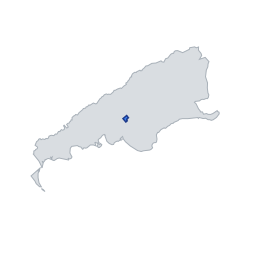 Toay, La Pampa, Argentina shown in context, rotated 50°
{"feature_id": "61730980B2132713179088", "entity_name": "Toay", "entity_type": "district", "adm_level": 2, "iso_a3": "ARG", "parent_name": "Argentina", "parent_adm1": "La Pampa", "projection": "equal_earth", "projection_center": [-64.55, -36.621], "detail": "fine", "context": "in_parent", "style": "filled", "palette": "blue", "viewbox_px": 256, "rotation_deg": 50, "n_neighbors": 0, "source": "geoboundaries", "source_scale": "gbopen_adm2", "svg_char_len": 3951}
<svg xmlns="http://www.w3.org/2000/svg" viewBox="0 0 256 256"><g transform="rotate(50 128 128)"><path d="M155.7,80.4L154.3,83.1L154.5,84.9L153.2,89.3L153.5,90.1L152.4,92.2L152.7,94.4L152.2,96.5L152.4,99.1L152.0,99.9L151.1,100.2L150.4,103.9L151.1,107.4L150.4,108.1L151.5,110.7L155.1,112.9L157.0,115.1L157.0,116.1L156.0,117.5L155.8,118.7L156.3,120.3L157.2,121.3L159.0,121.9L159.2,124.2L158.8,125.6L155.4,130.8L154.5,133.0L151.4,135.2L143.2,137.8L136.9,138.8L133.3,138.6L131.0,137.6L131.1,140.4L132.3,141.3L131.7,141.3L132.2,141.8L131.9,144.2L131.1,144.6L130.6,146.5L130.6,148.2L131.3,149.6L130.5,151.0L127.8,152.3L124.6,152.7L118.7,150.5L118.9,150.1L118.6,150.0L117.6,150.4L117.2,152.3L117.9,155.2L117.7,157.8L118.0,158.6L120.2,159.5L120.0,160.5L120.8,160.7L122.3,160.4L122.5,159.6L121.7,159.3L123.8,158.7L124.5,159.7L124.6,162.3L124.2,163.0L122.6,163.4L122.1,163.3L121.2,161.5L120.4,161.2L118.1,162.1L117.9,162.7L121.2,164.0L118.8,165.4L116.8,167.7L116.8,172.1L116.3,173.3L115.0,174.4L114.7,175.2L115.2,175.7L115.0,176.5L112.4,176.3L110.6,177.6L108.9,178.1L105.9,182.9L106.4,185.2L109.8,188.6L114.1,189.5L114.7,190.6L114.5,191.9L114.0,192.7L112.4,193.4L113.8,193.4L114.3,194.1L106.8,200.0L105.9,201.8L105.5,205.3L104.9,206.0L103.4,206.7L102.3,206.0L101.5,204.7L101.5,205.7L100.1,206.1L101.8,206.2L102.7,207.0L100.4,208.3L99.7,209.5L99.5,211.1L98.6,212.0L99.3,211.8L100.0,214.9L98.2,215.1L100.5,215.7L103.1,219.2L102.9,219.5L102.8,219.1L96.1,217.5L87.1,217.3L87.2,216.8L85.1,214.9L85.5,213.5L85.1,212.4L85.5,211.3L85.1,210.0L84.3,209.6L81.5,210.3L79.7,206.8L79.8,204.9L79.2,203.7L79.6,202.2L81.1,202.1L81.5,200.4L83.3,199.1L83.3,197.5L84.4,196.6L84.6,195.8L83.5,193.7L84.2,191.5L86.2,189.7L85.9,187.5L87.0,186.5L86.0,183.5L87.1,182.3L86.5,181.6L86.5,180.0L87.6,179.6L88.2,177.9L87.0,176.4L84.9,175.9L84.8,175.1L88.6,175.0L89.0,173.8L88.7,173.1L85.8,172.7L85.8,171.0L86.4,169.9L85.8,168.8L86.0,167.8L85.2,166.3L85.9,165.7L84.0,164.1L83.9,161.5L84.3,160.9L84.0,159.5L85.6,158.2L84.8,155.7L84.8,151.0L84.4,149.7L85.5,147.7L84.9,146.4L85.6,145.4L85.2,143.0L86.1,142.7L86.6,138.5L88.8,137.2L89.2,136.3L87.6,130.9L87.7,128.8L87.3,127.9L87.7,126.7L87.3,124.9L87.9,122.8L89.4,121.9L89.5,121.2L91.0,119.8L90.9,116.2L90.2,114.4L90.9,113.7L91.4,111.0L92.5,108.1L93.5,107.6L93.2,104.3L93.6,101.3L92.2,100.8L92.5,98.6L92.0,98.1L91.7,95.9L90.7,93.9L90.7,93.0L91.2,92.4L90.2,91.6L89.4,89.8L89.5,88.0L89.7,86.9L90.8,86.0L90.5,85.2L91.4,81.7L92.5,81.5L93.0,80.3L92.4,79.6L92.5,77.5L92.0,74.4L93.0,72.9L93.8,68.2L96.2,64.8L97.8,59.5L99.2,59.4L100.6,58.2L99.1,54.7L100.0,52.5L99.0,47.9L99.3,46.1L100.1,45.1L99.1,43.3L99.4,41.9L100.7,40.2L105.4,37.7L107.2,30.4L106.2,29.1L108.7,24.8L110.5,24.1L111.3,21.9L113.7,24.0L117.8,24.1L119.8,24.9L121.3,29.2L123.5,23.5L129.2,23.3L130.3,25.4L132.5,27.6L134.0,30.8L138.6,35.7L144.6,38.1L148.2,41.4L152.5,44.2L154.6,44.8L156.2,46.8L156.6,48.2L155.6,49.3L154.9,51.5L153.7,52.7L153.2,54.1L153.2,55.8L150.9,59.3L151.0,60.6L153.2,60.3L158.7,61.7L161.3,61.7L162.2,62.2L163.6,60.6L165.9,61.3L167.5,58.5L169.0,57.9L170.7,56.0L171.5,53.6L172.0,48.5L172.9,48.8L174.4,48.1L175.8,49.1L176.8,53.5L176.4,57.6L175.7,59.2L174.0,60.2L173.1,61.3L170.5,62.2L169.0,64.4L165.7,66.7L165.9,68.0L164.8,67.9L159.2,76.3L155.7,80.4ZM102.4,233.1L102.1,221.1L103.9,223.5L103.0,223.3L102.8,224.5L104.3,224.7L105.0,226.1L108.2,228.8L112.8,231.4L117.4,232.2L116.1,233.5L111.7,234.1L109.0,233.4L102.4,233.1ZM119.2,233.0L120.6,232.5L123.3,232.4L119.8,233.4L119.2,233.0ZM133.0,139.8L133.0,140.3L132.1,139.4L133.0,139.8Z" fill="#d9dde1" stroke="#a8b0b8" stroke-width="1"/><path d="M117.6,121.0L117.6,122.3L117.6,124.0L117.6,124.8L117.6,125.8L118.1,125.8L122.0,125.8L122.0,124.7L122.0,124.1L121.5,124.1L121.5,123.9L121.3,123.6L121.2,123.6L120.4,123.4L120.4,123.0L120.4,122.9L120.4,122.6L120.4,122.1L120.4,121.4L120.4,121.1L120.2,121.1L119.8,121.1L119.6,121.1L119.3,121.1L119.2,121.1L118.7,121.0L117.6,121.0Z" fill="#3b82f6" stroke="#1e3a8a" stroke-width="1.5"/></g></svg>